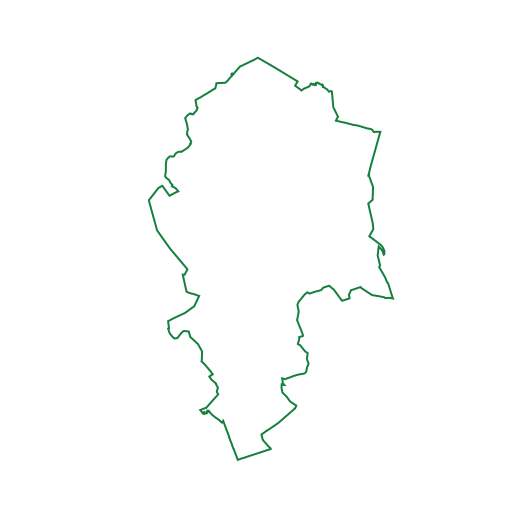 outline of Mores pag., Siguldas, Latvia, rotated 34°
{"feature_id": "27541924B85362854834044", "entity_name": "Mores pag.", "entity_type": "district", "adm_level": 2, "iso_a3": "LVA", "parent_name": "Latvia", "parent_adm1": "Siguldas", "projection": "mercator", "projection_center": [25.077, 57.066], "detail": "fine", "context": "isolated", "style": "outline", "palette": "green", "viewbox_px": 512, "rotation_deg": 34, "n_neighbors": 0, "source": "geoboundaries", "source_scale": "gbopen_adm2", "svg_char_len": 5885}
<svg xmlns="http://www.w3.org/2000/svg" viewBox="0 0 512 512"><g transform="rotate(34 256 256)"><path d="M128.5,223.0L128.3,223.7L128.2,224.3L128.1,225.8L128.1,226.5L128.3,227.0L128.8,228.0L129.4,229.1L130.6,231.4L132.2,233.5L132.5,234.1L133.9,236.2L135.3,239.2L136.2,240.9L137.6,241.3L140.8,241.6L141.8,241.8L144.1,243.1L147.0,243.9L147.2,245.2L150.8,244.8L152.3,244.9L155.4,245.9L153.9,248.2L151.8,252.1L150.6,254.4L148.3,253.6L140.2,250.6L139.9,250.4L139.6,250.4L139.0,250.2L137.0,254.3L136.8,258.0L136.0,269.7L138.0,271.5L159.7,290.1L180.5,297.9L192.8,301.4L205.5,305.0L206.6,305.4L207.2,310.8L207.3,311.5L205.7,312.4L218.3,324.4L219.6,324.3L223.8,323.2L225.4,322.4L228.8,321.6L231.2,320.9L232.9,332.3L231.7,335.4L229.1,342.7L222.8,353.2L219.6,359.2L224.3,364.6L223.8,365.3L227.3,368.1L229.7,369.1L234.1,370.1L234.6,370.0L235.3,369.3L236.7,368.1L237.1,361.8L237.6,359.5L238.2,358.4L242.6,356.2L246.3,359.6L246.5,359.8L257.2,361.5L264.7,365.3L268.1,370.7L268.1,370.9L268.5,371.4L269.8,373.5L269.8,373.8L274.1,374.5L282.3,376.9L286.3,378.3L285.8,379.3L284.7,382.0L286.7,382.7L288.1,383.4L294.2,384.1L294.3,384.5L298.1,386.5L298.3,387.6L299.5,390.5L302.0,391.9L301.3,397.0L299.6,409.8L299.4,409.8L295.9,414.9L300.4,416.3L300.9,416.1L300.5,415.8L300.2,415.5L300.1,415.2L300.1,414.6L300.2,414.4L300.4,414.1L300.7,414.1L300.9,414.3L301.1,414.7L301.3,415.1L301.6,415.2L302.5,414.6L302.9,414.3L303.1,413.9L303.0,413.4L303.3,413.1L303.3,412.4L303.2,412.2L303.0,412.3L302.7,412.8L302.3,412.1L302.2,411.9L302.3,411.6L302.2,411.3L302.3,411.2L302.6,411.1L302.9,411.0L303.1,411.0L303.4,410.8L303.6,411.0L304.0,411.0L306.4,411.8L309.4,412.3L313.1,412.6L313.5,412.5L317.1,412.6L318.4,412.7L318.6,412.9L321.0,413.2L321.0,411.0L328.6,416.5L335.0,421.0L334.9,421.2L340.1,424.8L344.7,428.2L345.2,428.3L354.9,435.2L355.0,435.0L355.1,434.9L356.5,432.9L359.1,429.8L362.3,425.5L362.5,425.3L363.9,423.5L373.7,410.9L374.7,409.5L374.9,409.5L375.2,409.1L375.3,408.9L375.9,408.0L376.1,407.9L376.2,407.7L375.4,407.3L374.9,407.1L373.3,406.9L371.2,406.5L369.7,406.0L367.4,405.5L365.1,404.8L364.7,404.6L364.2,404.3L363.3,403.7L361.3,401.8L360.3,400.9L361.5,397.9L362.4,395.4L362.3,395.1L362.6,395.0L363.5,393.0L366.1,386.4L366.4,385.7L367.8,382.1L373.4,361.2L373.2,360.9L373.6,360.3L373.1,357.5L365.9,357.6L365.0,357.3L360.1,355.5L354.3,354.4L350.8,351.0L349.2,348.3L349.4,348.3L351.6,347.1L350.2,346.7L349.6,346.5L349.1,346.2L347.7,344.5L346.1,342.8L347.1,342.4L348.2,342.1L348.9,341.9L349.3,341.4L350.5,339.6L351.3,338.7L352.1,337.5L353.2,336.0L354.3,334.4L356.8,331.3L359.7,328.4L361.0,327.3L361.8,326.3L362.1,325.7L362.2,325.3L362.2,324.7L362.2,323.3L361.7,322.4L361.2,321.2L360.9,320.2L360.5,319.6L360.3,318.1L360.2,317.3L359.9,316.3L359.8,315.9L359.4,315.5L357.4,314.1L356.2,313.3L355.9,313.0L355.5,312.5L354.6,310.5L353.6,308.5L353.2,307.7L352.7,307.6L351.7,307.6L350.0,307.6L342.5,305.3L340.1,305.6L339.9,305.5L338.2,300.4L337.1,299.1L339.6,296.2L339.4,295.7L337.9,294.3L325.9,286.2L324.8,283.4L324.3,282.4L322.7,278.6L322.6,278.3L321.3,277.0L317.6,273.3L317.0,270.2L317.0,269.8L317.9,260.4L318.9,257.7L318.9,257.4L321.3,257.3L321.5,257.1L325.0,252.5L329.0,248.0L329.5,244.5L333.2,239.8L339.5,240.4L352.3,245.0L353.2,244.0L357.3,238.7L354.8,236.4L353.9,231.1L355.4,229.4L360.0,223.3L361.5,223.7L364.8,223.6L367.8,223.6L374.1,223.5L379.5,221.0L385.4,218.5L386.8,218.6L388.0,217.6L390.1,216.0L393.3,214.7L388.9,211.3L380.7,204.6L379.6,204.6L374.9,201.5L368.7,198.4L366.9,197.6L364.3,196.3L364.1,194.3L356.7,187.7L353.0,180.8L352.8,180.3L352.9,180.1L352.6,179.6L354.9,180.2L357.0,180.6L358.6,181.4L361.1,183.5L361.4,182.9L360.6,181.5L359.8,180.2L357.0,178.3L355.0,177.5L352.7,177.0L341.7,176.4L338.9,176.3L338.2,168.1L334.6,163.7L319.8,149.8L320.6,146.4L321.3,144.3L319.6,141.6L318.9,140.5L316.8,137.1L314.5,133.4L312.9,132.2L311.5,131.2L307.3,128.1L306.8,127.7L304.9,126.6L304.6,125.8L304.1,126.3L302.0,120.5L301.0,117.8L289.6,83.5L286.4,85.7L284.3,87.3L281.5,86.4L280.1,86.6L278.7,87.2L276.4,88.2L273.4,89.1L269.8,90.2L267.1,91.1L265.7,91.7L265.6,91.8L264.9,92.1L263.8,92.7L255.6,95.6L251.6,97.2L246.6,99.1L246.0,94.6L245.9,94.6L236.9,89.4L227.0,77.3L226.8,77.1L225.8,77.4L224.6,79.0L221.8,78.1L218.3,78.2L218.0,78.2L217.5,78.1L217.0,78.5L216.7,78.3L216.8,78.0L216.7,77.8L216.2,77.5L216.1,77.4L216.0,77.0L215.9,76.9L215.7,76.8L215.2,76.8L215.0,77.2L214.9,77.4L214.3,77.4L214.2,77.5L213.8,77.5L212.9,77.7L212.3,77.7L212.1,77.5L211.9,77.6L211.5,77.8L211.4,77.9L211.2,77.9L210.8,77.8L210.5,77.8L210.3,77.7L210.1,77.7L210.0,77.8L210.0,78.0L209.9,78.2L209.0,78.9L209.0,79.1L208.9,79.2L208.9,79.4L209.0,79.5L209.4,79.5L209.5,79.6L209.7,79.9L210.0,80.6L209.9,80.8L209.8,81.0L209.6,81.3L209.4,81.4L209.3,81.5L209.0,81.3L208.8,81.2L208.3,81.4L208.2,81.4L207.8,81.8L207.5,81.4L207.4,81.5L207.3,81.8L207.0,81.5L205.9,82.2L205.2,82.2L205.1,82.3L205.0,82.5L205.1,82.8L205.4,82.9L205.5,82.9L205.5,83.0L205.4,83.8L205.2,85.8L202.2,90.5L201.9,91.2L201.1,93.4L200.0,93.2L193.2,92.9L192.9,88.0L165.8,89.3L146.7,90.6L145.6,92.7L144.9,94.1L137.2,107.2L136.8,107.7L135.7,116.0L135.8,116.2L135.4,119.2L134.1,118.3L134.0,119.2L135.2,120.1L134.6,124.6L134.4,126.9L133.8,129.4L126.6,134.9L128.5,139.6L128.5,139.8L128.4,139.8L125.2,146.9L125.0,147.5L123.1,151.5L122.8,152.0L121.5,155.1L120.1,157.6L118.7,160.6L123.0,165.1L123.9,165.5L124.6,165.6L124.7,165.8L124.8,166.9L125.0,167.0L125.0,167.6L125.2,168.0L125.3,168.2L125.4,168.6L125.3,169.0L124.7,172.2L124.9,173.1L124.4,174.0L123.3,174.1L123.0,174.6L122.4,174.5L121.7,174.6L120.6,177.1L120.3,179.5L120.2,181.3L122.9,183.6L123.7,184.1L124.3,184.6L128.7,189.1L129.5,191.4L130.9,193.9L135.3,195.7L138.3,197.3L138.7,199.4L138.7,199.5L139.2,199.5L139.0,204.0L137.8,207.1L135.7,211.6L134.5,212.1L133.8,212.7L132.7,214.2L132.1,216.0L132.0,217.2L132.2,218.6L132.1,219.5L131.2,220.1L130.8,220.6L129.5,221.1L128.9,221.5L128.5,223.0Z" fill="none" stroke="#15803d" stroke-width="2"/></g></svg>